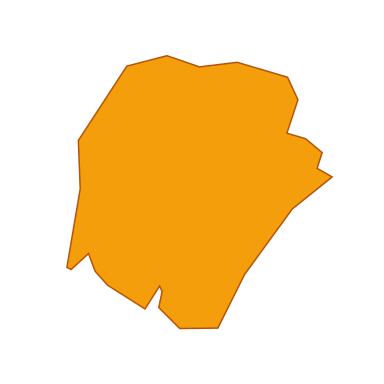 the Region of Tashkent, rotated 346°
{"feature_id": "UZB-4828", "entity_name": "Tashkent", "entity_type": "Region", "adm_level": 1, "iso_a3": "UZB", "parent_name": "Uzbekistan", "parent_adm1": "", "projection": "robinson", "projection_center": [69.25, 41.311], "detail": "fine", "context": "isolated", "style": "filled", "palette": "amber", "viewbox_px": 384, "rotation_deg": 346, "n_neighbors": 0, "source": "natural_earth", "source_scale": "10m", "svg_char_len": 483}
<svg xmlns="http://www.w3.org/2000/svg" viewBox="0 0 384 384"><g transform="rotate(346 192 192)"><path d="M200.6,53.7L229.5,72.4L267.2,77.1L312.5,103.8L317.1,128.1L298.3,157.9L315.2,167.9L327.8,185.3L319.1,199.3L331.6,211.3L285.2,232.7L223.0,284.8L184.1,330.3L147.1,321.5L131.8,296.1L138.9,281.4L137.8,275.4L118.1,294.1L87.6,262.1L78.8,245.4L76.7,226.7L55.9,238.0L52.4,234.8L84.3,161.9L94.2,114.5L159.2,54.1L200.6,53.7Z" fill="#f59e0b" stroke="#b45309" stroke-width="1.5"/></g></svg>